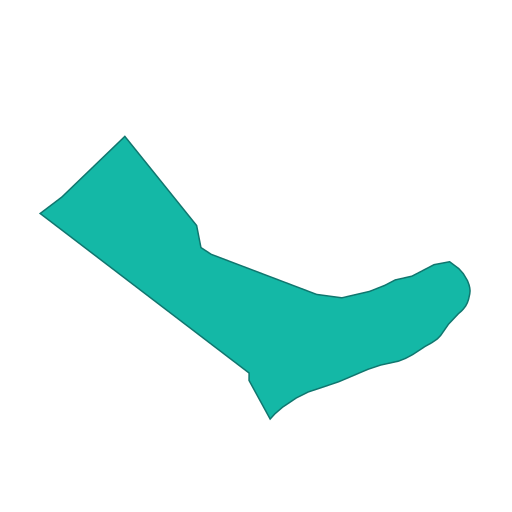 Bani Suwayf, Equal Earth projection, rotated 39°
{"feature_id": "EGY-1546", "entity_name": "Bani Suwayf", "entity_type": "Governorate", "adm_level": 1, "iso_a3": "EGY", "parent_name": "Egypt", "parent_adm1": "", "projection": "equal_earth", "projection_center": [30.952, 29.058], "detail": "fine", "context": "isolated", "style": "filled", "palette": "teal", "viewbox_px": 512, "rotation_deg": 39, "n_neighbors": 0, "source": "natural_earth", "source_scale": "10m", "svg_char_len": 719}
<svg xmlns="http://www.w3.org/2000/svg" viewBox="0 0 512 512"><g transform="rotate(39 256 256)"><path d="M207.9,284.1L220.1,282.9L327.3,247.7L349.0,234.5L366.5,212.1L374.6,197.7L379.3,186.9L389.9,173.5L399.8,150.7L410.1,138.6L421.7,138.2L428.3,139.3L435.9,142.1L439.8,144.4L442.1,146.2L444.3,148.4L446.0,151.0L448.5,156.0L449.7,159.4L450.4,162.9L450.5,166.6L450.3,169.4L449.6,173.4L448.5,187.8L449.5,201.5L449.1,206.3L447.2,212.7L444.3,219.9L439.8,234.0L436.6,241.5L433.0,247.9L421.5,262.3L414.3,273.6L399.4,301.7L382.1,328.9L376.7,340.8L371.8,356.7L370.0,366.8L369.6,373.8L328.9,357.1L324.3,351.3L61.5,358.8L68.0,332.4L78.8,245.6L190.7,269.7L207.9,284.1Z" fill="#14b8a6" stroke="#0f766e" stroke-width="1.5"/></g></svg>